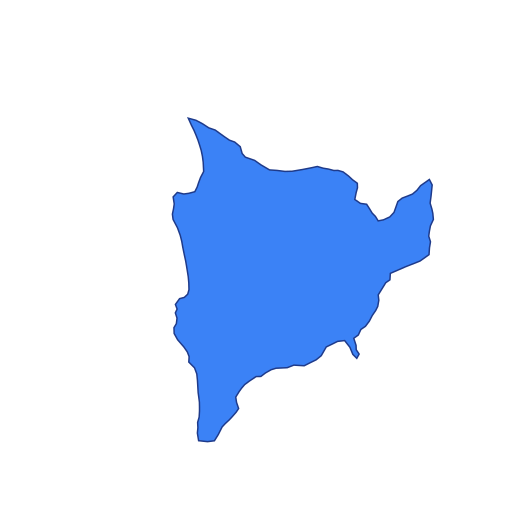 outline of Rio das Ostras, Rio de Janeiro, Brazil, rotated 133°
{"feature_id": "56859067B39929530851792", "entity_name": "Rio das Ostras", "entity_type": "district", "adm_level": 2, "iso_a3": "BRA", "parent_name": "Brazil", "parent_adm1": "Rio de Janeiro", "projection": "mercator", "projection_center": [-41.947, -22.471], "detail": "fine", "context": "isolated", "style": "filled", "palette": "blue", "viewbox_px": 512, "rotation_deg": 133, "n_neighbors": 0, "source": "geoboundaries", "source_scale": "gbopen_adm2", "svg_char_len": 2312}
<svg xmlns="http://www.w3.org/2000/svg" viewBox="0 0 512 512"><g transform="rotate(133 256 256)"><path d="M201.4,399.5L204.4,392.4L206.4,387.0L208.6,382.1L210.8,377.5L213.4,372.8L216.2,368.0L219.6,363.2L223.4,358.6L226.7,355.2L229.9,351.9L236.4,350.1L241.7,347.9L245.8,346.0L250.7,344.6L256.0,347.9L259.9,351.1L263.2,356.9L269.3,356.9L273.7,351.3L277.9,348.4L282.4,345.7L285.8,341.6L288.9,332.7L292.5,325.6L295.9,320.3L299.4,315.7L304.1,309.1L307.7,303.9L310.3,300.5L313.7,296.1L317.3,291.5L321.6,286.7L326.3,282.1L330.5,279.9L335.2,280.2L339.3,282.8L346.4,281.9L348.6,277.5L352.6,276.2L355.3,271.4L359.8,268.1L364.4,267.1L368.5,263.0L370.7,256.2L371.7,246.8L373.0,240.8L375.2,236.3L379.4,232.8L379.7,224.7L382.6,218.9L386.8,214.1L390.8,209.9L395.4,205.1L398.5,201.3L401.5,197.7L404.8,194.5L407.9,191.6L412.6,187.7L417.5,185.2L421.2,181.4L425.5,178.1L430.2,172.0L424.8,164.8L419.5,160.4L412.4,161.8L404.1,164.2L399.6,164.2L394.0,163.8L389.8,163.8L383.7,164.0L379.4,164.7L376.4,170.3L373.0,174.6L366.5,175.9L362.4,176.4L357.8,176.6L352.2,175.6L344.1,173.7L340.8,170.3L335.0,169.3L328.9,167.4L324.4,164.8L316.4,157.0L310.0,153.9L303.4,145.9L296.6,143.4L290.9,141.2L284.4,140.3L274.6,142.6L267.9,140.0L262.8,138.1L257.4,133.5L258.7,125.1L261.9,118.1L262.1,112.5L257.4,113.7L256.2,118.8L253.1,121.9L249.5,128.4L244.0,127.3L238.2,129.2L232.8,128.0L226.3,128.7L220.2,130.4L214.2,131.3L209.8,132.6L204.6,136.0L201.1,140.1L193.0,141.7L187.0,142.9L182.1,141.8L177.1,145.9L162.1,139.4L147.8,132.6L137.0,130.4L131.7,134.7L126.6,138.1L123.7,143.2L119.9,145.9L115.0,149.0L108.3,151.2L104.2,155.8L101.7,159.4L98.6,164.7L93.0,168.7L88.5,172.1L83.9,175.6L81.8,181.4L92.3,183.6L98.2,183.1L104.0,183.8L108.9,186.1L114.0,188.6L119.4,189.4L123.3,187.7L130.0,184.8L136.2,184.8L142.7,187.5L147.0,190.6L145.6,195.7L145.4,200.3L144.0,205.3L142.7,210.4L146.3,215.5L147.3,222.3L141.3,226.0L136.9,228.3L133.7,231.5L134.4,237.4L134.4,242.9L135.1,249.7L137.5,254.4L140.4,257.4L143.0,262.3L146.0,266.8L148.7,272.2L153.2,275.3L157.9,278.7L161.2,281.1L169.4,287.4L174.4,292.5L179.1,299.0L183.8,304.8L186.0,314.7L187.0,322.2L189.0,326.7L191.0,331.2L190.5,336.0L186.8,342.1L187.2,349.3L189.4,354.4L190.3,360.3L191.1,366.6L191.7,371.7L194.5,378.0L195.7,385.0L197.7,392.5L201.4,399.5Z" fill="#3b82f6" stroke="#1e3a8a" stroke-width="1.5"/></g></svg>